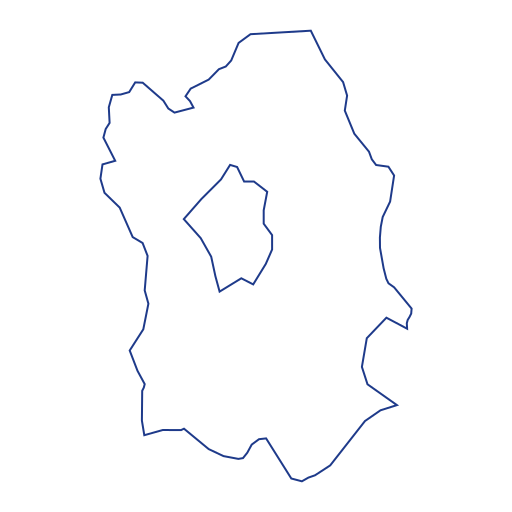 outline of Fejér
{"feature_id": "HUN-3162", "entity_name": "Fejér", "entity_type": "County", "adm_level": 1, "iso_a3": "HUN", "parent_name": "Hungary", "parent_adm1": "", "projection": "mercator", "projection_center": [18.516, 47.132], "detail": "fine", "context": "isolated", "style": "outline", "palette": "blue", "viewbox_px": 512, "rotation_deg": 0, "n_neighbors": 0, "source": "natural_earth", "source_scale": "10m", "svg_char_len": 1443}
<svg xmlns="http://www.w3.org/2000/svg" viewBox="0 0 512 512"><path d="M129.7,350.5L143.3,329.3L148.4,303.7L144.7,290.4L147.6,255.9L142.6,243.0L132.7,237.1L119.7,207.6L104.5,192.8L100.4,178.7L102.5,164.4L115.2,160.8L103.4,137.6L105.7,129.0L109.6,122.9L108.8,107.3L112.3,94.9L120.7,94.5L129.2,92.1L135.2,82.4L142.7,82.7L163.4,100.7L168.3,108.5L174.5,112.6L193.5,107.6L190.0,101.1L185.5,96.3L190.7,88.6L208.7,79.6L218.9,69.2L225.8,66.5L231.2,60.5L238.6,42.9L250.5,34.2L310.8,30.7L324.9,59.4L343.1,82.1L347.1,95.6L344.8,110.6L354.3,133.7L358.7,139.1L369.0,151.7L371.8,159.3L376.1,165.0L388.4,166.7L394.1,175.5L390.1,201.6L382.7,217.0L380.8,226.7L379.9,237.5L380.0,247.9L383.6,268.2L386.3,278.8L388.5,283.3L394.1,287.3L411.6,308.6L411.2,313.6L409.5,317.0L407.7,319.9L406.8,323.2L407.1,328.7L386.4,317.7L366.8,338.2L361.9,366.9L367.5,384.3L396.9,405.1L380.5,410.3L365.0,421.0L330.2,465.4L315.0,475.3L308.4,477.6L301.9,481.3L291.3,478.5L266.1,438.4L259.0,439.2L251.7,444.6L247.3,452.7L243.0,458.1L238.4,458.9L223.5,456.1L208.7,449.1L184.0,428.7L181.0,430.1L162.8,430.0L144.3,435.2L141.9,420.6L142.2,390.8L143.8,387.6L144.7,384.1L137.5,370.8L129.7,350.5ZM244.1,181.5L237.1,167.0L230.1,164.9L221.0,179.4L201.4,199.0L183.8,219.1L200.7,238.1L211.2,256.7L215.4,276.2L219.6,291.6L241.3,278.3L253.2,284.4L265.8,263.9L272.1,249.5L272.1,235.1L263.7,223.7L263.7,210.3L267.2,191.8L253.9,181.5L244.1,181.5Z" fill="none" stroke="#1e3a8a" stroke-width="2"/></svg>